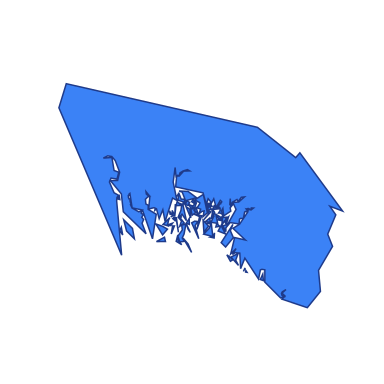 the district of Kikori District, Gulf, Papua New Guinea, rotated 17°
{"feature_id": "67681753B67388913989028", "entity_name": "Kikori District", "entity_type": "district", "adm_level": 2, "iso_a3": "PNG", "parent_name": "Papua New Guinea", "parent_adm1": "Gulf", "projection": "robinson", "projection_center": [144.53, -7.347], "detail": "fine", "context": "isolated", "style": "filled", "palette": "blue", "viewbox_px": 384, "rotation_deg": 17, "n_neighbors": 0, "source": "geoboundaries", "source_scale": "gbopen_adm2", "svg_char_len": 6204}
<svg xmlns="http://www.w3.org/2000/svg" viewBox="0 0 384 384"><g transform="rotate(17 192 192)"><path d="M235.7,111.0L40.1,125.2L40.1,150.4L143.2,273.0L122.6,222.7L121.8,219.2L122.7,216.6L117.7,215.5L110.1,206.6L110.5,202.4L116.5,201.5L116.2,194.5L111.2,194.2L105.3,182.4L97.3,185.5L100.8,182.1L104.9,181.5L109.4,184.4L117.0,194.2L117.5,202.7L110.7,205.0L125.0,214.5L132.1,231.0L160.3,245.4L153.4,236.5L153.8,232.4L151.3,230.9L152.2,227.4L150.3,227.5L149.4,226.9L149.9,224.2L146.9,226.5L139.4,224.9L136.8,222.0L137.1,220.4L136.3,220.2L135.3,218.6L135.0,216.6L133.8,217.0L132.9,216.0L132.1,214.0L133.0,213.4L132.4,212.5L133.0,211.5L139.4,224.7L149.9,223.7L167.9,248.3L164.3,223.7L155.1,221.4L154.1,217.5L151.4,216.9L149.6,212.6L151.0,209.9L152.6,208.4L151.1,208.3L148.9,207.3L147.9,205.1L153.0,208.5L155.5,220.9L160.3,218.1L162.9,218.4L168.4,227.1L169.3,217.5L174.9,228.1L175.2,203.5L180.0,204.4L171.1,188.0L168.7,173.5L172.2,181.8L173.2,180.3L175.0,180.2L174.9,177.2L177.3,174.5L181.1,171.9L183.6,172.5L177.9,174.5L175.1,180.5L172.7,181.3L174.9,191.9L202.8,189.6L211.7,203.4L209.3,197.2L209.4,193.7L213.1,196.1L213.2,200.3L214.8,192.2L219.7,199.8L221.5,191.7L223.2,192.5L223.3,193.1L220.5,199.6L222.7,198.5L223.7,199.4L224.3,201.7L223.5,204.4L225.1,203.9L228.0,204.6L225.7,201.5L226.3,198.6L228.7,204.1L227.6,207.6L234.7,199.0L233.1,196.0L234.7,192.0L233.9,190.7L233.7,191.9L233.0,192.9L232.3,193.2L231.8,192.9L230.5,187.1L232.7,192.9L233.9,189.6L237.2,186.0L239.0,187.6L240.7,182.6L243.6,181.4L239.6,187.9L234.2,190.1L239.2,195.8L235.5,212.5L231.4,215.4L236.0,220.0L234.9,216.4L237.4,210.1L246.3,208.8L245.4,204.1L246.0,203.2L248.8,202.2L248.2,195.7L248.7,195.1L250.9,194.8L250.8,193.6L249.2,193.1L249.0,192.3L250.5,191.3L253.6,191.6L253.4,189.9L255.5,189.4L253.7,191.9L249.3,192.3L251.0,193.2L251.2,194.8L246.9,208.9L241.8,214.8L257.1,222.3L246.1,223.1L247.1,239.9L250.7,233.2L249.0,239.9L251.0,237.4L255.6,236.5L260.9,251.1L261.9,239.8L281.1,255.8L280.2,246.5L281.5,245.5L284.4,245.1L288.0,256.9L307.7,267.4L310.8,265.3L308.2,264.5L307.2,262.8L307.5,261.1L310.4,257.8L307.6,262.4L311.4,264.3L309.4,268.2L336.1,268.9L343.9,249.5L335.9,229.9L342.3,202.9L334.1,192.6L336.2,171.8L328.0,165.3L341.6,166.2L283.7,123.0L281.1,128.8L235.7,111.0ZM240.6,211.0L234.7,231.9L240.2,234.8L244.9,223.5L240.0,217.8L240.6,211.0ZM203.5,191.0L196.9,198.8L202.5,199.9L202.8,200.9L201.5,205.6L205.3,205.9L205.0,210.8L207.2,207.7L209.1,206.6L209.8,212.3L212.8,207.4L203.5,191.0ZM188.1,192.6L179.3,194.8L182.7,195.0L188.4,202.3L197.9,196.1L188.1,192.6ZM187.0,206.7L184.0,206.5L186.0,207.9L186.8,212.8L186.1,220.1L190.4,222.8L190.3,228.4L193.6,223.9L187.3,219.5L187.2,218.9L187.6,218.5L188.9,218.8L188.3,217.5L189.0,216.6L188.4,215.7L195.0,221.0L187.0,206.7ZM173.7,233.4L166.8,233.1L176.4,241.6L179.4,234.7L173.7,233.4ZM224.9,228.5L219.6,216.3L219.1,221.6L215.5,228.9L224.9,228.5ZM196.7,234.6L195.6,224.7L191.8,226.6L193.8,231.1L191.4,238.3L195.0,243.3L199.1,241.4L196.1,238.8L196.7,234.6ZM150.6,253.6L145.7,244.2L134.8,238.5L140.8,248.4L150.6,253.6ZM203.1,219.1L200.7,221.6L212.1,234.7L204.8,223.4L206.1,218.5L203.1,219.1ZM208.2,211.9L200.3,212.6L206.4,213.3L207.6,226.4L208.2,211.9ZM203.4,242.8L197.0,238.7L209.3,249.9L203.4,242.8ZM178.9,243.3L172.5,249.8L181.1,247.1L178.9,243.3ZM228.4,221.7L236.2,222.3L229.6,215.6L228.4,221.7ZM184.6,221.2L182.8,221.3L185.6,224.1L190.8,234.5L184.6,221.2ZM182.6,220.3L180.8,210.5L179.6,208.4L182.6,220.3ZM183.7,202.0L179.4,196.5L181.1,203.9L187.7,204.0L189.2,206.3L186.8,201.2L183.7,202.0ZM254.1,237.4L248.3,242.8L257.9,248.6L253.7,244.4L254.1,237.4ZM217.8,219.8L210.9,215.9L215.1,226.9L217.8,219.8ZM225.7,214.5L221.3,206.2L219.7,206.4L219.0,207.4L220.0,208.7L219.0,215.4L225.7,214.5ZM194.9,209.1L190.5,207.7L198.4,217.2L194.9,209.1ZM215.8,205.5L212.9,205.3L214.2,208.2L211.3,215.2L215.8,205.5ZM173.8,231.4L180.3,231.4L178.7,230.9L178.2,230.1L177.8,225.6L178.3,223.0L173.8,231.4ZM184.4,238.2L185.1,229.6L183.4,230.1L184.4,238.2ZM180.8,209.7L185.5,208.0L180.6,205.4L180.8,209.7ZM223.4,199.9L222.6,198.9L221.2,200.0L219.5,200.0L217.9,199.2L217.3,200.7L218.0,201.6L217.5,202.4L223.4,199.9ZM199.1,228.7L202.2,231.2L196.0,224.3L199.1,228.7ZM198.9,207.4L195.9,208.6L198.9,214.2L201.5,210.6L199.3,208.9L200.1,206.5L198.9,207.4ZM199.4,201.1L196.6,199.7L198.1,202.6L197.1,204.9L195.9,205.2L199.1,207.1L199.4,201.1ZM218.3,212.2L219.6,208.8L218.6,207.7L219.6,204.9L217.2,202.9L218.3,212.2ZM248.5,243.6L243.7,241.9L249.0,247.0L250.9,244.9L248.5,243.6ZM182.5,227.5L178.7,230.3L181.6,230.3L182.5,227.5ZM233.5,205.5L228.7,207.5L230.3,215.5L231.4,210.0L233.4,208.6L232.2,208.5L232.0,208.0L232.8,206.0L233.5,205.5ZM227.2,207.9L221.9,206.5L225.9,210.3L227.2,207.9ZM134.2,250.0L138.3,253.4L134.7,246.4L134.2,250.0ZM178.9,222.1L182.0,219.0L178.4,215.4L180.3,220.5L178.9,222.1ZM197.1,218.2L195.6,223.5L198.9,223.8L197.1,218.2ZM204.5,211.8L200.7,205.9L199.6,208.7L204.5,211.8ZM218.3,215.5L216.6,211.7L213.4,216.5L218.3,215.5ZM192.8,202.7L189.3,201.9L189.7,206.1L192.3,205.9L192.8,202.7ZM228.8,210.7L227.7,208.9L226.7,210.5L224.6,211.1L228.8,210.7ZM282.9,255.7L286.2,255.9L283.7,249.8L282.9,255.7ZM225.0,218.5L228.6,216.7L224.9,215.0L225.0,218.5ZM181.3,223.0L184.9,224.7L181.8,222.1L181.3,223.0ZM191.3,243.8L197.6,245.4L193.3,242.6L191.1,239.3L191.3,243.8ZM122.8,220.4L125.2,220.3L123.7,217.2L122.8,220.4ZM195.4,205.1L192.7,204.9L195.8,208.1L197.3,206.7L195.4,205.1ZM234.2,212.8L234.2,204.9L232.3,208.1L233.7,208.5L232.3,211.2L234.2,212.8ZM212.0,204.9L215.8,202.9L212.3,200.3L212.0,204.9ZM194.4,201.3L197.8,202.4L195.4,198.5L194.4,201.3ZM222.9,229.8L226.6,229.5L225.5,224.5L225.3,228.2L222.9,229.8ZM216.7,202.8L217.8,201.7L217.1,201.0L217.3,197.7L216.7,202.8ZM216.3,217.3L219.4,217.2L218.4,215.8L216.3,217.3ZM177.6,219.7L179.3,219.5L175.9,216.6L177.6,219.7ZM264.4,252.9L265.0,249.7L264.8,249.7L264.4,252.9ZM211.6,200.3L212.9,197.2L210.8,198.3L211.6,200.3ZM213.7,200.6L215.3,199.8L214.4,199.0L213.7,200.6ZM186.8,206.2L188.3,205.6L186.7,204.6L186.8,206.2ZM222.6,194.7L221.2,193.2L222.3,194.8L222.6,194.7ZM178.9,200.1L179.9,199.6L179.3,198.6L178.9,200.1ZM161.8,220.4L162.7,218.9L161.6,218.7L161.8,220.4ZM266.7,252.9L268.1,252.7L266.5,251.4L266.7,252.9Z" fill="#3b82f6" stroke="#1e3a8a" stroke-width="1.5"/></g></svg>